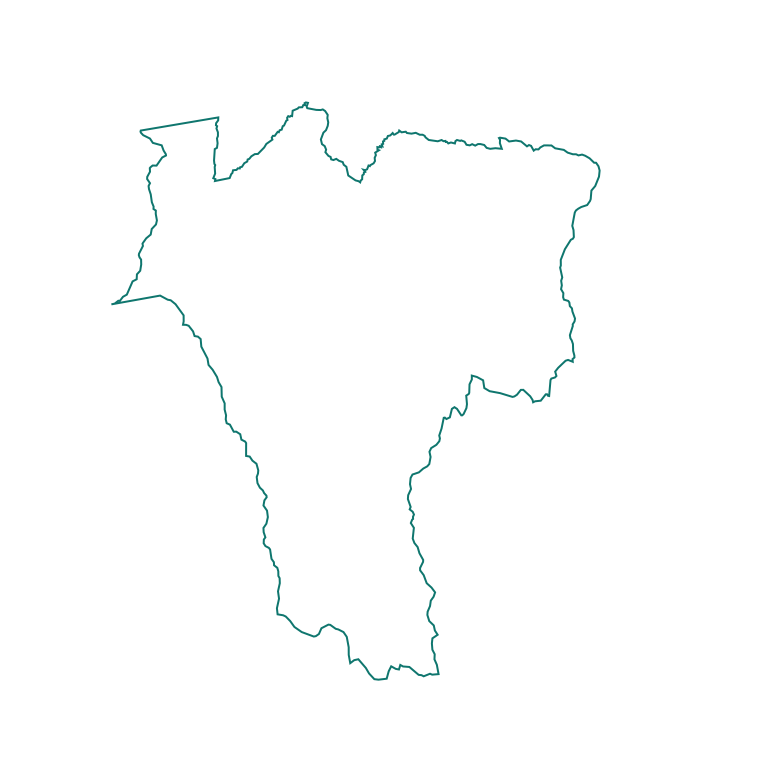 outline of Palanda, Zamora Chinchipe, Ecuador, rotated 169°
{"feature_id": "8360857B40737212656211", "entity_name": "Palanda", "entity_type": "district", "adm_level": 2, "iso_a3": "ECU", "parent_name": "Ecuador", "parent_adm1": "Zamora Chinchipe", "projection": "natural_earth1", "projection_center": [-79.11, -4.519], "detail": "fine", "context": "isolated", "style": "outline", "palette": "teal", "viewbox_px": 768, "rotation_deg": 169, "n_neighbors": 0, "source": "geoboundaries", "source_scale": "gbopen_adm2", "svg_char_len": 6156}
<svg xmlns="http://www.w3.org/2000/svg" viewBox="0 0 768 768"><g transform="rotate(169 384 384)"><path d="M574.4,679.2L574.9,678.1L574.6,676.9L572.9,674.2L566.9,669.6L564.9,664.8L556.7,660.7L555.8,655.2L554.3,651.2L554.4,649.9L558.5,648.7L565.6,641.8L569.5,642.6L571.9,641.3L572.7,640.6L573.2,637.0L576.9,632.5L577.4,630.4L575.4,625.8L577.3,623.3L577.5,620.2L576.8,614.7L577.2,606.7L576.3,602.1L576.9,599.8L574.9,597.8L575.6,594.5L575.7,587.9L577.4,584.1L582.4,580.5L584.5,575.2L589.6,572.4L593.6,568.6L594.3,567.8L594.3,565.5L599.6,558.7L600.1,557.3L599.8,554.9L598.7,552.5L599.5,547.7L601.7,541.7L605.6,538.8L606.8,534.0L611.2,532.7L619.4,520.8L623.6,519.4L627.4,516.0L628.9,516.4L633.0,514.3L636.4,514.2L586.9,513.5L580.2,508.0L577.4,506.9L573.4,502.1L567.6,489.6L568.7,483.7L570.0,480.5L566.9,479.8L564.6,478.4L561.4,472.1L560.8,467.2L557.6,466.0L555.4,463.1L556.2,455.5L552.4,442.7L552.6,436.2L549.5,430.7L546.6,422.8L546.0,417.4L544.1,412.0L545.7,402.5L544.1,395.4L545.3,389.3L545.0,383.4L546.1,379.5L545.9,375.5L543.0,373.5L540.6,365.8L538.1,365.4L534.7,362.1L534.6,356.6L531.3,354.0L530.6,352.3L533.1,339.7L529.7,338.4L527.8,333.9L524.4,330.0L523.9,323.2L524.8,320.1L526.7,317.0L527.1,310.8L525.6,305.9L523.2,302.6L522.5,299.8L520.7,296.8L520.8,295.2L523.6,292.6L525.5,287.7L523.0,282.0L523.4,275.5L526.1,269.3L529.8,265.7L530.4,261.5L529.7,256.1L531.6,254.3L532.5,250.6L531.3,247.5L528.3,245.1L527.4,243.3L527.8,233.8L526.1,230.1L526.5,227.0L523.8,223.9L523.5,220.3L524.3,215.7L523.5,213.3L524.3,208.3L527.6,200.7L528.0,193.3L531.9,184.3L532.4,178.2L527.1,176.2L524.8,174.5L521.3,169.2L518.3,162.6L512.1,156.2L501.1,149.5L499.0,149.5L495.6,151.0L492.0,156.2L484.5,158.4L482.7,157.8L478.1,152.9L475.7,151.8L471.1,148.2L468.8,142.9L468.9,132.3L470.3,124.8L470.4,116.4L465.9,118.6L461.7,118.7L456.0,108.7L453.9,102.7L449.8,96.1L445.8,94.8L437.6,94.2L434.2,101.1L430.8,105.5L426.8,102.1L423.8,100.9L421.6,105.1L419.2,103.1L413.1,101.4L405.5,91.9L402.7,91.0L400.8,89.5L394.1,90.8L392.2,89.5L385.8,88.8L385.7,98.3L387.0,104.1L385.8,109.1L387.2,113.9L386.5,120.2L385.0,125.1L379.2,127.6L381.1,132.3L381.2,137.5L384.8,142.6L385.5,149.0L384.6,152.2L381.2,157.2L379.4,162.4L375.9,165.7L373.6,169.7L376.2,175.1L380.1,180.3L381.5,188.8L384.1,194.2L383.7,196.5L379.6,201.9L379.1,203.8L381.5,211.1L382.1,217.5L384.5,222.1L385.3,226.8L382.1,237.1L384.2,242.4L382.2,245.5L381.2,246.0L380.9,248.1L379.5,250.1L380.2,253.1L382.7,256.0L381.3,258.2L382.5,266.5L381.5,270.2L377.5,275.8L377.6,280.7L375.8,286.7L373.3,289.7L366.6,290.6L361.6,293.5L357.3,294.9L354.8,296.8L352.2,303.5L352.3,308.8L349.9,312.1L344.2,314.3L340.6,317.3L339.5,319.9L339.6,322.9L336.0,329.3L331.8,339.4L330.7,339.4L329.4,337.7L325.7,338.7L322.1,346.6L319.3,347.8L317.1,345.7L314.1,338.5L313.2,338.3L311.6,339.3L307.7,344.6L306.4,348.4L305.5,356.9L302.8,358.0L302.0,359.1L300.1,367.4L296.9,371.7L296.2,375.5L291.5,373.2L286.0,368.7L286.3,360.9L281.7,356.8L271.8,352.9L260.3,346.8L258.4,346.9L255.5,348.1L250.8,352.1L248.4,351.7L242.8,344.0L241.2,340.0L241.1,337.6L239.0,338.2L233.3,337.7L227.2,343.0L225.9,342.8L225.2,341.1L224.2,340.7L219.8,356.1L218.7,357.4L214.9,357.8L213.2,359.0L213.6,363.5L209.9,366.7L201.3,372.2L198.7,372.5L194.5,369.8L194.2,372.4L192.0,373.7L191.7,375.7L192.0,380.4L190.9,387.2L191.4,391.0L192.3,393.3L192.2,396.5L187.6,404.9L187.4,406.5L185.0,409.1L184.0,411.8L185.2,419.1L185.1,422.4L186.7,425.0L186.5,428.7L187.3,430.4L191.3,432.5L191.6,435.0L190.6,439.0L192.1,443.3L190.6,446.9L190.4,451.5L188.7,454.6L188.9,464.6L187.8,466.6L186.8,472.1L180.7,481.8L173.1,489.9L170.8,490.6L169.6,492.0L168.6,498.9L169.0,503.3L164.0,515.9L162.5,517.7L159.9,519.0L156.6,520.1L150.4,520.9L146.8,524.4L145.8,526.1L143.5,534.3L138.9,538.0L133.4,546.5L131.6,552.4L131.9,556.8L133.6,560.7L135.5,561.1L139.1,566.3L143.0,569.7L145.8,571.4L149.5,571.3L151.5,572.8L154.8,573.5L159.6,576.1L162.8,579.5L171.0,582.7L174.1,586.2L181.4,587.7L185.4,586.4L187.6,584.8L190.4,585.5L192.5,584.5L194.2,589.7L196.1,590.9L198.3,590.0L203.1,595.9L208.0,597.8L214.9,598.2L217.9,601.7L223.2,603.7L224.2,603.5L223.5,601.6L224.3,598.3L223.5,592.4L229.6,594.2L234.9,594.6L238.2,596.2L240.0,599.5L243.5,601.1L245.9,601.6L249.0,600.6L251.7,602.6L254.3,601.9L257.4,603.1L258.6,606.4L261.7,608.4L262.8,608.1L265.8,609.6L267.5,608.8L268.5,606.6L272.2,608.3L275.0,607.9L276.0,609.6L277.2,609.8L277.3,610.9L279.3,611.0L280.9,612.5L284.9,612.0L293.5,615.0L296.2,618.2L296.7,619.8L298.5,621.3L301.4,621.9L304.9,624.5L309.2,624.5L313.6,626.0L314.5,627.5L318.7,627.7L320.7,629.9L321.4,628.5L326.0,626.8L326.9,627.0L327.6,628.7L330.4,626.8L332.9,626.7L334.4,624.4L337.0,624.1L337.3,622.6L338.7,622.3L339.0,619.9L340.5,619.7L340.2,617.4L342.1,618.1L342.0,617.1L343.2,617.8L343.8,617.2L345.3,617.8L345.7,615.2L344.4,614.4L348.5,612.8L348.3,610.2L350.0,607.8L350.3,604.6L352.1,602.6L355.7,601.4L356.3,600.6L357.5,601.4L359.6,598.0L361.7,597.5L363.2,598.2L361.9,595.8L363.4,595.4L363.9,593.7L365.5,592.9L366.4,589.1L368.0,588.2L368.9,586.5L370.2,587.9L373.1,589.3L379.3,595.5L379.5,604.4L381.7,606.9L382.2,609.7L385.6,611.7L387.9,614.1L390.9,613.5L393.0,614.6L393.1,617.1L395.0,618.5L397.3,622.7L396.1,625.1L396.8,628.8L399.1,631.3L399.3,636.1L395.5,642.3L392.5,644.2L390.0,648.1L388.8,651.5L388.9,655.7L387.9,658.9L389.7,663.2L391.7,665.2L393.9,665.0L398.2,666.0L406.7,669.4L407.0,671.0L405.0,674.5L407.0,675.3L408.4,674.8L408.2,672.8L410.0,673.2L411.4,671.3L414.9,671.8L416.2,670.8L421.5,669.7L423.1,664.5L424.3,665.0L425.5,664.3L426.9,665.2L428.3,663.8L428.4,661.5L429.7,661.1L432.8,656.8L434.2,656.4L435.9,653.2L438.0,653.0L439.2,651.2L440.3,651.8L443.9,648.4L445.7,648.8L447.2,647.2L446.9,645.2L453.7,642.1L456.5,639.0L463.9,633.9L467.0,634.3L470.8,632.8L473.3,630.7L475.0,630.4L475.8,628.5L479.0,627.4L482.0,624.3L483.9,624.2L484.4,623.1L486.4,623.6L487.9,622.3L491.4,622.6L492.6,620.0L493.9,619.2L496.2,615.6L511.2,615.5L510.4,617.3L512.3,618.6L509.6,622.8L508.8,629.3L507.9,631.1L508.5,632.4L508.2,635.8L505.3,646.9L502.9,647.7L501.4,652.1L501.1,656.9L499.7,659.1L499.0,662.8L499.7,666.8L498.6,668.9L499.6,670.1L499.0,672.1L496.5,674.4L495.8,677.3L574.4,679.2Z" fill="none" stroke="#0f766e" stroke-width="2"/></g></svg>